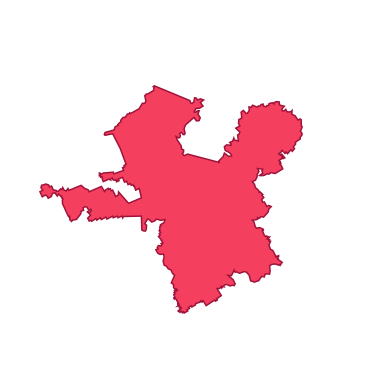 the district of San Juan Evangelista, Veracruz, Mexico, rotated 149°
{"feature_id": "50627088B44496108616070", "entity_name": "San Juan Evangelista", "entity_type": "district", "adm_level": 2, "iso_a3": "MEX", "parent_name": "Mexico", "parent_adm1": "Veracruz", "projection": "mercator", "projection_center": [-95.168, 17.762], "detail": "fine", "context": "isolated", "style": "filled", "palette": "rose", "viewbox_px": 384, "rotation_deg": 149, "n_neighbors": 0, "source": "geoboundaries", "source_scale": "gbopen_adm2", "svg_char_len": 6041}
<svg xmlns="http://www.w3.org/2000/svg" viewBox="0 0 384 384"><g transform="rotate(149 192 192)"><path d="M146.7,271.4L169.6,302.4L171.0,302.3L170.7,301.1L172.8,298.8L179.4,298.8L180.7,299.5L182.9,298.8L184.8,293.4L187.0,292.5L188.9,293.6L194.4,290.6L204.0,290.9L204.6,292.0L205.3,291.3L207.3,292.1L210.4,290.5L212.9,291.4L216.1,290.2L216.6,289.1L221.0,288.0L221.0,287.1L224.2,287.5L226.9,285.3L235.8,287.8L237.6,286.4L237.3,285.4L230.0,282.8L231.1,266.3L234.3,249.5L236.6,249.8L236.8,248.3L239.0,248.6L239.5,245.7L249.7,247.8L249.2,249.5L258.4,254.0L260.0,253.8L261.6,256.0L263.0,253.7L262.1,253.6L262.8,251.8L261.2,251.7L261.1,250.9L262.1,249.9L262.7,246.6L256.6,245.8L255.6,244.3L255.5,245.0L253.1,245.1L253.5,243.4L252.8,242.2L251.4,242.1L251.4,241.1L250.4,240.9L251.3,239.6L248.7,239.3L248.5,241.0L244.0,240.4L244.8,235.2L242.5,234.9L243.0,231.2L240.5,230.9L240.7,229.0L238.8,228.7L239.0,227.0L238.4,226.9L239.3,222.6L235.4,222.2L238.4,213.0L252.2,215.0L254.9,229.9L256.6,227.4L259.7,227.4L259.0,234.5L260.6,234.7L260.3,237.0L262.1,237.2L262.0,238.3L266.1,238.2L266.8,236.7L266.8,243.4L280.1,245.2L279.8,247.2L282.2,250.5L283.6,254.8L296.6,256.8L296.5,258.9L299.4,257.7L300.8,259.9L300.5,262.4L302.4,261.2L302.9,262.3L306.2,261.6L307.9,262.3L307.6,263.3L309.8,265.2L309.3,269.4L311.5,269.8L311.2,271.8L313.2,274.1L317.5,275.2L319.3,273.4L319.0,270.4L322.2,270.6L322.8,265.0L319.2,264.9L318.2,263.2L318.5,260.7L314.8,260.6L312.5,262.7L311.7,262.5L309.9,261.7L309.6,257.9L307.4,258.9L306.7,256.1L305.8,255.7L306.8,254.5L306.1,252.6L307.3,251.9L309.0,248.6L310.5,235.1L310.4,234.3L309.4,234.2L311.0,231.2L310.4,228.8L308.7,229.4L305.3,228.0L298.7,230.5L296.9,232.7L294.4,232.1L293.5,234.6L291.2,234.5L290.0,233.2L289.7,229.2L287.6,229.4L287.5,228.7L288.3,227.6L290.1,227.2L292.1,229.6L290.8,224.5L294.9,223.3L295.1,220.1L293.1,219.6L293.1,218.6L288.1,218.7L288.1,216.9L283.8,217.1L284.0,215.1L278.8,214.8L278.9,212.6L272.5,212.2L272.8,210.5L268.5,209.8L268.7,208.1L264.4,207.4L264.7,205.5L263.5,206.4L247.8,197.4L254.6,185.2L253.4,183.4L252.0,182.5L250.6,183.4L248.0,186.9L248.8,189.1L244.4,191.6L243.3,191.3L242.0,187.0L238.8,186.4L236.3,187.1L233.3,183.7L229.4,182.4L231.6,180.2L235.8,180.2L236.0,179.1L237.1,179.2L239.2,176.0L240.1,175.8L239.7,173.6L241.6,173.2L241.3,171.6L243.7,171.1L242.8,166.5L243.3,166.4L243.1,163.3L245.1,163.7L244.8,162.5L246.1,161.6L248.4,163.4L250.3,162.4L250.4,160.9L252.8,161.1L252.8,156.9L251.4,154.9L248.4,153.4L249.3,150.7L252.3,147.7L253.6,143.5L252.2,141.9L251.9,138.3L250.2,136.1L250.6,132.1L249.8,129.6L256.6,124.7L255.5,122.3L257.0,119.5L256.8,117.9L255.3,117.1L255.1,115.1L255.9,115.0L256.0,116.2L258.0,116.4L257.9,114.9L259.3,114.9L259.2,113.4L260.5,113.3L260.9,110.7L262.2,110.6L262.3,109.3L260.9,109.3L260.9,105.0L261.8,103.5L261.0,103.6L261.0,102.1L263.1,101.6L261.8,101.2L262.4,99.3L261.0,99.3L261.0,97.9L265.2,97.2L265.2,96.5L263.7,96.5L264.2,95.0L262.4,95.0L262.5,93.4L261.0,93.6L261.0,92.3L256.9,92.2L256.9,93.5L254.1,93.5L254.1,94.9L251.3,94.9L251.4,93.5L247.2,93.4L246.3,94.5L241.8,93.4L240.7,94.3L240.3,93.1L239.4,93.3L239.7,92.5L238.4,92.6L238.4,87.3L228.1,87.7L228.1,86.3L225.9,86.4L225.9,87.7L220.2,88.1L220.3,96.4L218.0,95.0L215.5,96.0L215.9,94.4L214.0,95.0L213.3,94.3L213.3,95.1L212.0,95.6L209.9,94.9L207.8,91.9L205.1,91.2L204.1,90.0L202.3,91.0L201.9,95.7L204.1,102.0L201.2,100.0L196.1,103.3L196.4,101.0L195.2,100.8L193.0,97.8L188.3,96.9L186.6,95.3L185.9,91.3L187.5,85.7L185.0,82.7L180.5,81.6L175.8,83.8L173.7,81.9L172.0,83.8L169.4,83.1L167.9,81.6L165.7,84.0L163.5,88.8L160.8,88.9L157.6,87.3L155.4,84.7L154.4,84.7L154.3,83.7L150.9,85.3L153.2,90.2L152.3,90.6L153.3,92.9L151.0,92.0L150.5,92.8L153.3,93.5L152.8,100.3L154.2,102.3L153.4,106.9L150.0,109.3L151.2,110.6L150.1,111.0L151.2,112.4L149.2,113.3L150.9,113.5L149.5,114.1L150.9,116.0L151.7,115.7L152.3,117.5L151.6,122.6L150.5,122.4L150.1,123.4L152.4,126.7L155.4,127.8L155.6,129.7L154.3,134.6L154.7,136.8L151.0,135.1L149.3,135.0L149.0,136.2L147.6,134.8L145.5,135.4L143.6,133.6L137.3,135.5L134.9,137.8L131.6,138.7L133.2,141.0L135.3,141.0L135.1,146.2L136.7,146.9L136.0,149.7L133.3,150.3L133.7,153.3L132.6,153.5L133.7,157.2L134.6,157.1L134.1,159.0L135.4,163.4L134.5,166.1L134.9,169.9L131.6,169.4L128.4,171.4L127.1,173.5L124.0,175.2L123.8,178.4L119.7,175.1L121.3,174.0L121.6,171.7L125.6,171.4L125.2,170.9L122.0,169.2L117.7,168.7L116.9,167.6L114.4,168.0L111.3,165.0L102.3,165.1L101.8,168.7L102.4,170.8L101.2,170.8L101.4,172.1L100.7,172.1L101.2,174.3L97.5,174.3L96.5,175.9L96.6,173.7L94.9,173.5L95.6,178.2L97.4,178.2L97.8,180.3L96.0,180.0L93.3,181.3L92.4,177.1L90.7,177.7L90.4,175.6L85.4,177.3L85.1,175.2L81.8,176.3L82.0,178.5L78.5,179.7L77.7,181.4L72.0,181.7L70.9,183.2L68.1,184.4L67.4,186.0L67.8,188.1L64.0,191.1L64.1,192.7L61.2,197.5L61.7,199.0L64.1,199.0L64.4,204.4L66.4,207.0L64.3,210.3L65.6,209.9L68.0,210.8L69.4,212.1L69.0,214.5L71.2,214.1L72.9,215.2L72.2,216.8L68.7,218.0L72.1,221.4L70.9,224.4L73.1,226.0L75.4,226.3L76.2,225.2L77.1,227.1L79.4,227.9L80.6,228.0L81.7,226.7L83.2,227.5L84.7,226.9L86.6,229.2L85.8,230.7L87.6,231.4L89.7,230.7L90.7,231.5L92.5,231.3L95.4,235.2L97.7,234.1L99.4,235.6L100.8,232.5L104.2,230.9L105.1,231.4L105.9,235.5L108.8,235.1L111.2,229.8L114.7,229.9L116.9,226.6L116.9,224.0L121.6,224.2L120.1,218.6L122.0,217.3L123.5,217.4L126.0,211.8L128.9,214.8L128.4,216.7L131.0,214.6L134.1,215.1L133.8,213.0L134.5,212.0L138.1,214.6L140.9,214.2L142.1,210.5L139.6,206.5L139.0,203.3L139.6,202.5L142.3,203.7L144.2,208.7L147.0,206.3L153.3,204.7L153.5,203.4L176.3,226.8L180.0,227.2L180.5,229.8L178.8,230.4L177.5,232.4L178.8,234.3L177.5,237.1L177.8,244.7L177.1,247.7L175.7,245.3L174.5,245.0L173.2,245.9L172.3,248.5L171.2,248.8L170.2,248.1L170.0,245.8L169.0,245.2L167.7,245.8L166.3,250.2L163.1,252.8L152.0,254.9L151.6,250.6L149.1,249.5L146.7,251.4L146.8,255.7L144.0,257.9L145.2,258.7L148.0,258.5L149.0,259.5L145.6,261.5L142.2,259.9L138.3,260.0L138.7,264.4L134.7,264.9L136.7,267.5L140.0,268.1L140.0,270.4L141.3,271.4L143.9,268.4L146.2,267.8L147.3,269.1L146.7,271.4Z" fill="#f43f5e" stroke="#9f1239" stroke-width="1.5"/></g></svg>